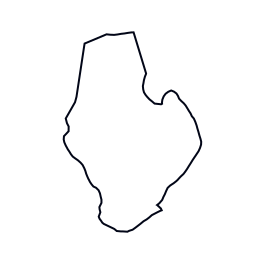 Ash Shahil, Hajjah, Yemen (Natural Earth projection), rotated 246°
{"feature_id": "15242507B16315139957826", "entity_name": "Ash Shahil", "entity_type": "district", "adm_level": 2, "iso_a3": "YEM", "parent_name": "Yemen", "parent_adm1": "Hajjah", "projection": "natural_earth1", "projection_center": [43.424, 15.855], "detail": "fine", "context": "isolated", "style": "outline", "palette": "ink", "viewbox_px": 256, "rotation_deg": 246, "n_neighbors": 0, "source": "geoboundaries", "source_scale": "gbopen_adm2", "svg_char_len": 1987}
<svg xmlns="http://www.w3.org/2000/svg" viewBox="0 0 256 256"><g transform="rotate(246 128 128)"><path d="M39.1,125.3L39.4,125.3L39.8,125.3L41.2,125.3L41.5,125.1L41.9,124.9L42.2,124.8L42.8,124.6L43.1,124.5L43.4,124.3L43.8,124.2L44.1,124.0L44.5,123.9L45.0,123.6L45.4,123.6L45.8,123.3L46.5,126.0L48.4,130.0L50.6,132.3L52.5,134.7L54.9,137.2L57.2,139.9L58.3,143.1L58.8,146.0L58.9,146.9L59.8,150.5L60.5,152.5L61.0,153.5L62.3,156.6L63.4,159.9L65.0,162.8L66.6,165.4L68.4,168.0L70.3,170.9L72.5,174.1L74.2,176.8L75.3,178.6L76.2,180.0L78.1,183.0L80.5,185.7L83.1,188.0L85.7,189.3L88.6,189.8L92.1,190.2L96.0,190.8L99.3,191.2L102.4,191.7L106.3,192.0L109.9,192.0L112.8,191.1L115.8,191.1L118.8,190.6L122.1,190.2L125.1,189.8L127.9,189.0L131.1,187.6L134.0,186.6L137.0,186.7L139.8,186.3L142.5,184.8L144.7,182.7L144.7,179.5L144.0,176.3L142.4,173.5L139.9,170.9L137.3,169.3L136.3,169.0L136.2,167.9L139.5,162.2L142.5,160.8L145.4,159.3L148.3,158.3L148.9,158.1L151.2,157.5L154.1,157.1L157.1,157.6L159.2,158.3L160.2,158.6L162.6,160.3L165.2,162.0L168.1,164.4L169.6,166.0L170.4,166.7L213.1,172.0L213.9,170.1L214.9,166.7L215.8,163.2L216.8,160.1L217.7,156.5L218.7,153.2L220.5,149.6L222.3,146.5L222.8,122.7L219.9,120.8L193.8,104.1L177.4,93.6L173.1,90.1L171.7,88.2L162.0,75.0L160.2,74.7L157.2,74.2L153.5,74.4L149.2,72.4L146.7,66.5L146.6,66.2L143.7,64.6L140.8,64.0L139.3,64.0L137.2,64.0L133.7,64.3L133.1,64.3L130.5,64.8L127.3,65.2L124.4,65.9L121.7,67.4L118.9,69.1L115.6,70.6L112.7,71.5L109.0,71.7L106.2,71.6L103.2,71.2L100.4,71.1L97.4,71.1L97.0,71.2L94.3,71.3L91.4,71.8L88.6,72.6L86.4,74.5L83.1,75.8L79.7,75.8L76.3,75.1L73.3,74.6L70.4,73.3L67.4,69.7L65.3,69.0L64.7,68.9L62.3,68.5L58.9,65.2L56.7,65.1L54.0,65.7L52.0,66.0L50.2,66.9L45.4,71.0L42.0,73.9L41.2,74.5L38.5,75.8L36.4,79.5L35.7,81.1L33.5,85.3L33.6,87.1L33.5,88.2L33.2,90.8L33.9,94.2L34.7,97.5L35.4,100.4L35.6,101.1L36.5,104.3L36.9,107.9L37.7,111.2L38.7,114.3L38.9,117.5L39.1,120.8L39.2,124.0L39.1,125.3Z" fill="none" stroke="#020617" stroke-width="2"/></g></svg>